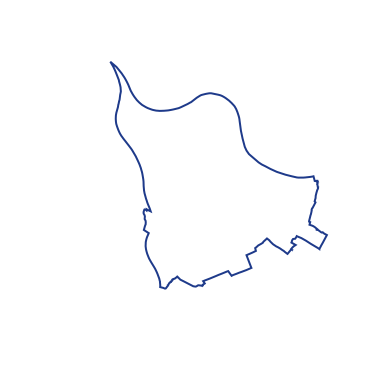 Lingewaard, Gelderland, Netherlands (Equal Earth projection), rotated 212°
{"feature_id": "6326949B2884966550009", "entity_name": "Lingewaard", "entity_type": "district", "adm_level": 2, "iso_a3": "NLD", "parent_name": "Netherlands", "parent_adm1": "Gelderland", "projection": "equal_earth", "projection_center": [5.93, 51.907], "detail": "fine", "context": "isolated", "style": "outline", "palette": "blue", "viewbox_px": 384, "rotation_deg": 212, "n_neighbors": 0, "source": "geoboundaries", "source_scale": "gbopen_adm2", "svg_char_len": 5619}
<svg xmlns="http://www.w3.org/2000/svg" viewBox="0 0 384 384"><g transform="rotate(212 192 192)"><path d="M113.7,142.4L113.8,142.5L110.8,146.4L109.2,148.6L107.5,150.7L106.6,151.9L104.6,154.5L101.4,159.1L101.7,159.3L104.5,161.4L112.3,167.3L110.5,169.9L108.6,172.7L107.9,173.8L106.6,175.9L108.7,177.9L108.5,178.5L108.3,178.9L108.0,179.9L107.5,181.8L106.1,184.3L105.1,186.3L105.0,186.8L105.1,187.6L104.4,190.1L104.3,190.4L103.8,192.3L100.8,192.0L100.6,191.9L99.4,191.5L98.2,191.2L97.2,191.0L96.8,190.9L95.9,190.7L95.0,190.6L94.1,190.6L91.8,190.5L91.3,190.5L90.5,190.7L89.0,190.7L88.1,190.8L85.6,190.7L84.2,190.6L83.3,190.7L81.5,190.4L78.4,190.1L78.2,190.1L77.5,195.5L77.4,195.7L77.3,195.8L77.5,195.8L77.5,196.0L77.2,196.0L77.3,196.1L77.7,196.2L77.5,197.4L77.5,197.9L77.4,198.4L77.2,199.0L76.8,200.3L76.3,201.3L76.0,202.0L80.8,201.8L80.8,202.0L81.1,202.8L81.5,204.2L81.4,205.7L79.7,207.1L79.7,207.3L79.7,209.2L79.8,210.1L78.8,210.2L74.7,210.9L74.0,210.9L69.7,211.1L63.9,211.0L55.4,211.2L53.7,211.1L53.8,211.3L53.9,212.9L53.9,213.0L54.1,215.3L54.2,218.1L54.8,227.0L55.0,227.0L56.2,226.9L57.4,226.8L57.2,226.7L57.3,226.7L59.8,227.1L60.2,226.5L60.8,226.3L61.4,226.3L64.8,226.6L66.2,226.0L66.4,226.0L66.5,226.3L66.3,226.9L69.4,227.3L70.7,227.3L71.1,227.3L71.8,227.2L72.0,227.2L75.0,226.5L75.8,229.1L77.0,228.9L77.4,229.7L78.6,233.4L79.1,234.9L79.4,236.2L80.2,238.5L80.7,239.7L80.8,240.0L81.0,240.1L81.3,240.8L81.4,241.5L81.4,242.1L81.3,242.3L81.3,242.6L81.7,247.7L81.7,248.6L81.8,248.7L82.2,248.8L83.0,249.0L83.7,251.3L84.0,252.4L84.2,252.7L85.1,254.4L85.3,255.0L86.1,257.4L86.5,258.9L86.8,259.8L86.8,260.1L86.9,261.1L87.0,261.4L87.1,262.0L87.3,262.3L87.4,262.5L87.5,262.4L88.5,263.5L89.4,264.6L89.6,264.6L90.1,265.0L90.0,265.7L90.0,265.8L90.3,266.1L90.8,266.5L91.0,266.7L91.8,266.9L91.8,267.0L91.8,267.3L91.7,267.4L91.6,267.5L91.1,267.7L91.5,268.0L92.3,267.5L93.1,266.7L93.3,266.6L93.8,266.4L94.8,267.4L95.8,268.3L97.3,269.7L98.4,268.6L99.8,267.4L103.6,264.4L105.5,263.0L107.9,261.5L109.4,260.6L110.8,259.9L115.7,258.2L121.9,256.2L130.0,254.2L130.9,254.0L137.8,253.1L143.4,252.7L147.4,252.3L151.2,252.4L163.7,254.3L167.7,256.0L171.2,258.3L177.4,264.1L182.9,269.8L189.2,277.4L190.4,278.9L191.5,280.1L192.7,281.2L194.0,282.3L195.8,283.8L198.6,285.8L201.2,287.2L203.1,287.8L204.7,288.2L205.7,288.5L206.9,288.7L208.8,289.1L210.9,289.3L213.4,289.5L215.2,289.5L217.1,289.4L218.5,289.2L219.4,289.0L221.3,288.4L227.5,286.1L228.0,285.9L229.2,285.2L230.2,284.4L232.2,282.6L235.1,279.6L235.8,278.7L236.2,278.0L236.4,277.6L237.9,274.5L240.4,267.7L241.0,266.8L241.8,265.3L242.4,264.2L246.3,258.1L247.5,256.4L247.8,256.0L250.5,253.2L251.9,251.8L253.4,250.4L255.4,248.6L258.6,246.2L262.3,243.7L265.6,242.0L268.6,240.9L269.7,240.6L271.5,240.2L274.1,239.7L276.3,239.5L280.5,239.4L284.0,239.9L287.4,240.7L291.1,242.1L292.9,242.9L294.7,243.8L297.6,245.4L302.9,249.2L305.3,250.7L308.1,252.3L310.0,253.3L314.7,255.4L322.3,258.0L327.8,258.8L329.1,259.0L330.3,259.2L329.3,258.7L325.4,256.7L323.5,255.5L321.1,253.9L317.0,250.9L313.4,248.2L312.4,247.1L310.2,245.1L308.5,243.4L307.8,242.6L307.4,242.0L305.7,239.7L305.5,239.3L305.0,238.0L304.5,236.6L304.1,235.7L302.5,232.3L302.1,231.2L302.0,230.6L301.6,229.5L300.9,227.7L300.8,227.1L299.8,224.8L298.2,219.3L297.2,216.8L296.5,215.5L295.4,213.6L293.9,211.5L293.4,210.9L293.0,210.4L292.2,209.5L291.5,208.9L290.6,208.1L288.7,206.6L287.4,205.6L285.5,204.3L283.9,203.3L282.7,202.7L281.5,202.1L280.7,201.8L278.5,200.9L270.0,197.8L268.2,197.1L266.6,196.5L264.8,195.7L262.3,194.4L260.4,193.4L258.5,192.4L256.8,191.3L254.3,189.7L252.5,188.5L250.9,187.4L249.9,186.6L248.1,185.2L246.7,183.9L245.1,182.5L244.4,181.8L243.1,180.4L241.5,178.6L240.0,176.9L238.6,175.1L236.2,171.5L235.0,169.9L233.5,167.9L231.5,165.7L229.2,163.6L227.5,162.0L226.1,160.9L224.6,159.6L223.2,158.5L219.1,155.6L216.8,153.7L218.5,153.5L219.6,153.4L219.9,153.3L221.1,153.3L220.8,152.9L220.7,152.6L220.6,152.2L221.9,152.4L222.6,152.3L222.8,152.2L223.0,152.1L223.1,151.9L222.8,150.7L222.7,150.3L222.6,149.8L222.5,149.6L222.3,149.1L222.0,148.8L221.9,148.5L221.3,147.9L220.2,147.4L219.2,146.5L218.9,146.1L218.7,145.7L218.4,145.1L218.2,144.7L218.0,144.3L217.8,144.1L217.7,143.9L216.4,143.2L216.0,142.9L215.7,142.5L215.1,141.7L214.8,141.1L214.2,140.1L214.2,139.9L213.9,138.5L213.8,138.0L212.7,134.3L206.9,134.2L206.7,133.0L206.2,129.8L206.0,129.0L205.7,127.9L205.3,126.7L204.7,125.1L204.2,124.2L203.5,123.0L203.0,122.1L202.5,121.3L200.7,119.1L199.3,117.7L197.3,115.9L195.3,114.4L193.5,113.1L192.2,112.3L189.6,110.9L184.4,108.3L182.5,107.3L179.5,105.4L177.8,104.2L175.6,102.5L173.9,101.2L172.4,99.7L171.8,99.2L171.2,98.3L170.1,96.9L169.4,95.9L168.6,94.5L165.4,95.5L164.6,95.6L163.9,95.7L163.2,96.2L163.1,96.6L163.0,97.7L163.0,98.0L162.9,98.8L162.8,99.3L162.8,99.8L163.1,100.2L162.9,100.5L162.8,100.9L162.9,101.5L163.1,102.1L162.9,103.1L162.7,103.2L162.6,103.4L162.7,103.8L162.6,104.1L162.4,104.3L162.2,104.5L162.3,104.6L162.6,104.7L162.6,104.8L162.0,105.8L161.8,106.3L161.8,106.5L161.9,106.9L162.0,107.1L162.3,107.3L161.8,108.3L161.5,108.3L161.0,109.1L160.7,109.4L160.5,110.0L160.4,110.6L159.8,111.3L159.8,112.3L159.7,112.5L155.9,111.6L155.4,111.5L152.2,111.8L141.4,112.7L141.1,112.7L140.7,112.9L140.3,113.0L138.8,113.7L138.7,113.8L138.4,114.1L137.7,115.4L137.7,115.6L137.6,115.8L137.4,116.0L137.1,116.3L136.6,116.6L134.6,117.5L134.2,117.6L134.3,117.7L134.1,117.8L133.3,118.6L133.5,118.9L133.7,119.0L133.6,119.4L133.4,119.7L132.7,121.2L135.3,122.3L134.0,124.1L130.9,128.2L126.9,133.8L125.6,135.7L123.5,138.5L120.2,143.1L119.4,144.1L117.9,143.5L117.8,143.4L115.2,142.4L114.0,141.9L113.7,142.4Z" fill="none" stroke="#1e3a8a" stroke-width="2"/></g></svg>